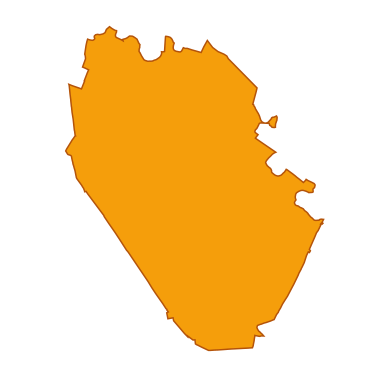 Salcea, Suceava, Romania (Albers equal-area conic projection), rotated 186°
{"feature_id": "2599482B6511307834665", "entity_name": "Salcea", "entity_type": "district", "adm_level": 2, "iso_a3": "ROU", "parent_name": "Romania", "parent_adm1": "Suceava", "projection": "albers", "projection_center": [26.345, 47.647], "detail": "fine", "context": "isolated", "style": "filled", "palette": "amber", "viewbox_px": 384, "rotation_deg": 186, "n_neighbors": 0, "source": "geoboundaries", "source_scale": "gbopen_adm2", "svg_char_len": 5932}
<svg xmlns="http://www.w3.org/2000/svg" viewBox="0 0 384 384"><g transform="rotate(186 192 192)"><path d="M311.8,333.1L312.3,330.4L312.7,326.7L313.1,317.8L312.7,317.1L312.2,315.5L311.8,313.3L313.9,304.8L311.2,304.0L307.6,302.7L308.7,299.1L310.8,291.3L310.4,291.1L312.7,283.0L322.6,285.3L325.7,286.2L325.3,285.2L324.0,279.0L323.6,277.0L322.4,271.8L322.2,271.1L322.1,270.2L320.9,264.5L320.6,263.6L319.6,258.7L317.8,252.0L315.5,241.3L315.1,240.2L314.1,236.0L313.8,235.7L314.1,235.6L314.3,235.3L314.7,234.5L315.4,233.2L316.5,231.4L317.4,229.5L319.8,224.5L321.2,221.6L321.9,219.6L319.8,216.8L319.2,216.3L318.8,216.2L317.2,215.9L316.3,215.6L316.0,215.4L315.8,215.1L315.5,214.6L315.3,213.7L314.4,210.9L313.6,208.8L313.3,207.5L312.4,205.5L311.8,203.9L310.6,201.0L309.3,196.8L308.5,194.2L308.2,193.7L307.8,193.1L302.4,187.1L301.5,185.8L300.3,184.4L299.5,182.9L299.0,181.8L298.7,181.0L297.4,181.5L295.6,179.3L277.2,159.4L276.8,158.4L271.2,151.7L264.2,143.6L258.0,136.0L250.8,127.0L250.1,126.5L248.8,125.1L226.3,98.3L221.8,92.4L217.5,87.2L209.4,77.9L205.6,73.2L204.7,72.7L204.6,71.9L203.0,70.3L204.5,69.2L202.7,63.4L197.7,64.9L196.8,62.0L191.2,56.7L184.7,50.5L181.2,47.6L181.3,48.3L175.5,44.9L173.6,45.3L173.2,43.5L172.7,41.3L171.4,40.6L170.6,40.4L165.9,38.6L159.0,36.2L157.2,36.4L153.4,37.1L149.9,37.6L144.2,38.6L138.8,39.6L120.1,42.6L115.6,43.4L115.1,45.4L115.0,47.2L114.7,50.3L114.6,53.7L114.4,55.3L114.5,55.9L110.1,55.5L109.2,55.6L108.7,55.9L108.0,56.1L107.1,56.2L105.6,56.3L107.3,57.9L108.7,58.9L110.2,60.2L110.4,60.2L110.8,60.4L111.7,61.4L112.5,62.5L113.1,63.6L113.3,64.0L113.2,65.0L113.0,65.9L112.8,66.1L112.4,66.4L110.6,67.3L110.0,67.6L109.3,67.8L106.6,69.2L104.7,69.9L100.6,71.8L99.5,72.4L98.3,73.1L97.0,73.7L96.2,75.9L95.2,78.7L94.9,79.3L93.6,81.4L93.3,82.7L92.9,83.6L91.8,85.9L91.0,88.1L90.3,90.0L88.0,94.7L86.2,98.2L83.9,104.0L83.0,106.3L81.1,111.0L77.7,120.4L77.2,122.3L75.4,126.7L75.2,127.6L74.7,128.7L73.0,133.5L72.0,138.3L71.4,141.0L70.1,144.6L68.9,144.1L68.1,145.9L69.3,147.2L65.1,160.4L63.9,164.5L62.5,166.9L60.4,172.8L60.6,172.8L60.8,173.1L60.7,173.3L60.4,173.1L60.2,173.3L60.7,173.6L60.1,174.5L59.1,173.8L58.5,174.6L59.5,175.3L58.3,178.5L60.8,178.5L62.3,177.9L62.3,177.6L62.9,177.1L63.0,177.1L63.7,177.1L65.8,176.7L66.9,176.7L67.5,176.8L70.0,178.8L71.4,179.6L72.6,180.8L73.7,181.8L74.1,182.1L74.3,182.7L74.9,183.2L75.9,184.0L76.7,184.5L77.4,184.9L78.2,185.4L79.1,186.4L79.6,186.9L81.6,187.7L81.9,187.7L83.1,188.1L83.8,188.5L84.5,189.0L85.1,189.2L87.0,189.5L88.0,190.1L88.2,190.5L88.8,191.4L89.0,192.2L88.8,193.0L88.6,193.6L88.2,194.2L87.8,194.9L87.8,195.2L88.4,196.3L88.6,197.0L88.8,197.8L88.7,199.8L88.6,200.8L88.3,201.4L87.9,202.2L87.0,202.9L86.2,203.6L85.2,204.2L83.8,204.9L82.4,205.2L81.3,205.2L78.7,204.7L76.3,203.9L75.9,203.6L75.2,203.7L72.8,204.1L72.3,204.2L71.8,204.5L71.6,204.7L71.6,205.2L71.9,206.9L72.0,207.3L71.9,207.5L71.8,207.8L71.6,208.2L70.9,208.8L70.6,209.2L70.5,210.1L70.3,211.2L70.4,211.9L70.5,212.2L71.5,213.2L74.3,214.3L78.1,215.6L79.3,216.3L79.8,216.5L80.1,215.8L80.8,214.8L82.2,213.1L86.8,216.1L89.3,217.6L91.0,218.8L93.7,220.5L100.2,224.3L100.7,224.4L101.2,223.1L101.6,222.6L102.0,221.7L102.5,221.1L103.2,220.4L103.6,219.9L104.5,218.7L105.4,217.9L106.7,217.3L108.2,216.8L110.4,217.2L111.0,217.4L112.3,218.1L114.2,219.4L114.6,219.7L114.9,220.1L115.0,220.5L115.0,221.0L115.1,221.5L115.4,222.2L116.1,223.3L116.4,223.6L116.9,224.0L117.7,224.4L119.9,226.0L120.6,226.9L121.8,228.7L121.8,229.3L121.6,230.1L121.1,231.2L120.3,232.4L119.4,233.8L117.5,236.0L116.0,238.0L114.3,239.4L112.8,240.3L126.5,247.7L134.0,251.8L134.6,252.2L132.3,255.9L134.9,257.5L135.3,257.8L135.6,258.2L135.8,258.7L135.7,259.3L135.6,259.9L135.5,260.3L134.3,261.8L134.0,262.3L132.7,265.8L132.4,266.8L132.1,267.3L131.8,267.5L131.4,267.7L130.5,267.9L122.6,268.3L122.3,268.1L121.7,266.5L120.2,265.7L119.6,265.0L119.0,264.7L118.6,264.7L117.4,264.7L116.5,264.8L115.8,265.1L115.9,265.6L116.0,267.8L115.9,269.0L115.6,270.1L115.4,271.2L115.2,271.7L115.1,272.1L115.1,274.7L115.2,275.3L115.8,276.3L116.0,276.4L116.1,276.1L116.7,276.0L117.9,275.2L119.2,274.8L119.8,274.7L119.9,274.4L120.3,274.3L120.6,274.0L121.0,272.8L121.3,272.3L122.4,271.0L122.5,270.7L122.9,270.2L123.6,269.3L124.2,268.9L124.6,268.7L125.4,268.3L126.7,268.1L127.7,268.3L128.9,268.7L129.7,269.1L130.4,269.8L131.2,270.8L132.8,274.5L133.9,276.4L134.5,277.3L134.9,277.8L135.1,278.0L136.9,280.5L137.5,281.2L137.9,282.1L138.5,283.1L138.7,283.4L139.1,283.7L139.5,284.4L139.8,284.9L139.9,285.4L140.2,285.5L140.7,285.6L140.6,286.4L138.7,298.4L138.2,302.3L169.8,328.3L171.6,330.9L174.6,332.4L180.9,334.4L186.6,337.9L192.6,344.3L195.4,337.7L197.5,331.7L206.8,333.3L211.6,334.3L212.1,334.3L213.8,334.1L214.6,334.3L215.7,334.6L216.8,331.8L217.3,330.8L218.0,330.3L218.3,330.1L219.5,330.0L220.1,330.1L222.5,330.3L224.0,330.8L224.8,331.3L225.5,332.4L225.8,333.7L225.8,335.6L225.5,337.3L225.3,338.0L225.4,338.4L225.7,338.7L226.4,339.1L226.9,340.3L228.0,342.0L229.1,343.0L230.1,343.6L232.0,344.0L233.5,344.1L234.4,344.1L234.6,343.7L234.4,338.2L234.0,328.8L235.8,328.3L236.5,328.3L237.0,328.3L236.7,327.0L236.8,325.9L237.1,324.8L237.5,323.8L238.4,322.5L240.6,320.6L241.6,319.8L243.4,319.1L244.8,318.2L246.5,317.8L248.0,317.7L249.5,317.4L250.7,317.6L252.5,318.0L253.6,318.5L256.4,322.1L258.3,325.1L259.3,326.2L259.4,326.7L259.4,327.7L259.5,328.4L259.1,330.2L259.1,330.9L259.3,331.8L259.1,333.0L260.4,334.4L261.5,336.3L262.3,337.6L262.6,338.2L264.8,339.5L266.6,340.4L267.5,340.7L269.0,340.7L270.3,340.6L271.0,340.1L272.2,338.9L273.6,337.9L274.6,337.4L276.0,336.9L277.1,336.4L277.0,335.9L276.4,335.4L276.3,335.1L278.5,336.1L283.2,337.7L284.1,338.4L284.5,339.4L284.5,340.8L284.2,342.0L283.8,343.2L283.9,344.6L285.2,344.7L285.6,344.8L288.7,346.2L291.3,347.8L294.1,344.8L295.0,341.8L295.3,341.2L297.1,339.9L300.2,338.8L302.5,338.9L304.3,338.3L305.4,337.0L305.5,335.9L304.8,334.7L304.9,333.9L305.8,332.9L307.0,332.4L309.7,332.6L311.8,333.1Z" fill="#f59e0b" stroke="#b45309" stroke-width="1.5"/></g></svg>